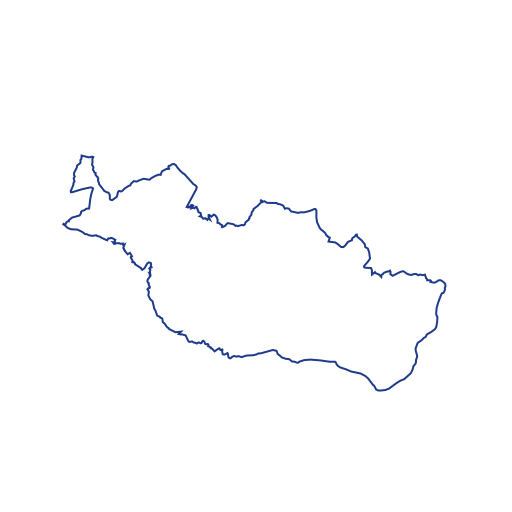 outline of Salatrucel, Vâlcea, Romania, rotated 139°
{"feature_id": "2599482B70636070547294", "entity_name": "Salatrucel", "entity_type": "district", "adm_level": 2, "iso_a3": "ROU", "parent_name": "Romania", "parent_adm1": "Vâlcea", "projection": "natural_earth1", "projection_center": [24.379, 45.274], "detail": "fine", "context": "isolated", "style": "outline", "palette": "blue", "viewbox_px": 512, "rotation_deg": 139, "n_neighbors": 0, "source": "geoboundaries", "source_scale": "gbopen_adm2", "svg_char_len": 6128}
<svg xmlns="http://www.w3.org/2000/svg" viewBox="0 0 512 512"><g transform="rotate(139 256 256)"><path d="M380.6,406.4L380.0,403.7L379.9,401.4L378.6,398.4L378.0,397.5L373.4,393.0L371.2,387.8L370.6,384.7L369.4,383.4L368.3,381.0L366.1,378.4L363.0,376.5L362.5,374.8L361.1,373.1L360.7,371.2L358.1,365.5L355.9,366.2L354.8,365.1L353.6,364.9L352.6,363.4L351.6,360.5L352.7,360.1L353.1,359.2L353.8,359.0L355.0,360.3L355.1,358.1L352.8,357.1L350.7,355.2L350.3,354.2L348.3,352.7L348.9,352.3L349.0,351.5L348.5,350.9L347.8,350.8L350.9,349.2L350.9,348.2L351.5,347.2L351.3,346.1L351.7,345.5L351.7,341.5L349.1,341.1L349.8,337.1L351.1,337.4L351.5,337.0L352.3,333.1L353.4,332.6L353.1,331.9L352.2,331.5L352.2,329.7L352.7,329.1L350.7,322.2L351.0,321.6L351.0,320.2L348.3,319.9L342.9,321.7L341.1,321.5L340.0,319.7L340.6,318.5L341.9,317.6L342.1,316.0L342.9,316.1L343.8,316.8L344.8,316.5L344.9,314.7L346.2,314.0L347.1,312.6L347.1,313.2L347.6,313.5L348.0,311.8L348.7,311.4L349.0,310.2L353.0,309.3L354.5,308.3L355.0,306.9L354.7,305.9L355.8,304.7L356.5,302.2L358.2,301.2L357.3,302.3L359.8,302.1L360.2,299.4L363.1,296.9L364.2,292.8L363.8,289.6L367.4,282.8L367.8,280.5L369.7,275.8L368.5,273.3L368.7,272.1L367.9,271.0L368.0,269.8L369.7,267.2L369.3,265.2L369.7,261.8L369.7,260.1L369.3,259.1L369.5,257.9L366.8,251.3L362.2,248.1L365.5,247.9L364.2,246.0L363.3,245.5L361.2,242.2L362.8,236.6L362.9,235.4L362.3,234.6L360.3,233.5L359.7,231.3L358.7,230.4L358.1,228.8L355.9,228.4L354.9,226.3L354.1,226.1L352.6,226.8L351.4,226.6L351.2,225.4L352.0,222.9L351.5,222.1L350.2,221.3L350.0,220.7L350.2,220.0L351.3,219.4L350.5,217.7L350.6,216.9L350.1,216.6L350.5,215.7L349.9,215.0L349.8,211.2L344.8,210.7L344.2,210.3L344.6,209.2L344.4,208.3L342.8,207.7L342.8,207.3L344.1,206.3L345.5,203.8L345.2,203.0L344.1,202.1L341.2,201.5L341.3,200.7L343.1,197.9L343.1,196.2L342.2,195.5L340.0,195.5L338.1,194.9L336.8,192.9L334.9,191.9L333.3,189.2L328.3,187.0L323.2,182.9L320.0,181.3L318.1,180.9L316.3,179.4L305.1,174.1L302.9,171.3L302.9,170.2L303.9,168.0L302.9,162.2L301.1,159.1L298.6,156.3L298.0,152.7L296.2,150.9L295.2,148.8L294.3,147.9L292.6,147.8L287.9,145.8L282.9,142.1L276.3,135.4L269.8,127.9L265.7,124.3L265.6,123.4L266.2,121.3L266.3,119.2L265.6,116.8L262.4,111.4L260.0,106.4L254.2,98.8L252.2,93.6L251.7,89.7L252.3,81.9L251.9,80.7L252.9,76.5L252.2,74.6L250.6,73.0L246.3,70.0L242.8,68.7L233.2,67.9L228.9,67.2L224.9,65.8L215.9,66.0L211.9,67.8L209.6,69.5L206.6,70.0L205.2,70.7L203.5,72.5L200.5,74.2L199.6,75.5L197.5,79.9L196.1,81.6L191.5,84.1L190.2,84.3L186.2,83.8L183.2,84.1L181.2,83.6L178.4,84.7L173.7,83.7L168.9,83.4L166.8,84.0L163.1,86.9L160.0,90.0L159.0,91.1L158.6,93.1L157.6,94.6L153.6,98.4L149.1,101.3L141.3,105.5L140.2,105.9L138.8,105.2L137.8,105.4L135.3,106.8L134.4,108.1L133.4,108.5L132.3,109.6L131.4,111.1L131.7,113.9L132.5,116.5L134.0,117.8L137.6,118.3L139.3,119.2L141.3,122.0L140.3,122.6L140.4,123.4L142.7,125.4L142.1,126.1L142.2,127.7L140.7,131.1L142.9,132.3L144.5,134.5L146.1,134.9L147.0,137.5L149.0,138.9L151.2,139.8L152.7,141.6L153.7,143.6L154.7,147.6L155.4,148.3L157.6,149.3L165.8,151.4L166.5,154.1L164.8,155.9L164.5,157.1L166.3,157.4L166.9,158.1L170.4,159.4L172.0,159.1L173.5,159.5L175.2,158.0L175.4,161.5L177.2,165.0L176.9,165.8L180.6,165.9L177.8,169.3L177.1,171.5L180.5,174.7L181.7,176.2L181.6,177.1L180.6,177.6L175.3,178.3L171.7,179.2L168.2,184.5L166.7,188.3L167.7,191.0L166.2,193.5L166.0,198.2L166.9,204.2L165.9,206.1L166.8,206.4L168.7,205.9L170.9,206.2L171.9,206.1L173.3,205.0L177.3,206.3L181.7,205.4L184.2,205.4L185.8,206.9L186.6,212.0L187.4,214.4L191.8,219.3L188.3,221.4L189.1,223.2L188.9,224.3L189.4,225.3L188.8,227.5L188.8,229.3L189.6,233.8L189.4,235.8L187.7,241.5L185.2,245.4L180.9,250.3L180.4,251.2L180.4,252.5L181.0,253.1L185.8,254.7L190.8,257.2L193.4,259.5L196.0,261.0L200.3,266.7L200.1,270.1L201.7,272.1L203.2,272.7L202.4,276.1L203.9,279.3L205.3,280.8L205.7,282.5L212.4,288.5L213.1,289.6L213.6,291.7L215.1,292.6L215.6,294.7L216.1,294.5L215.8,292.9L216.0,292.6L216.7,293.2L221.6,292.7L227.0,293.1L227.7,292.4L230.5,291.8L232.6,290.1L235.4,289.6L236.0,288.8L236.7,288.9L237.5,288.2L241.8,288.3L243.8,287.1L245.3,287.3L246.1,288.6L250.0,290.4L250.8,291.8L251.7,292.1L252.1,294.6L255.6,299.2L256.5,299.5L259.5,299.0L262.5,299.8L262.7,300.3L261.7,300.8L261.4,301.8L262.2,303.3L262.1,304.7L263.3,306.3L261.0,308.8L260.3,311.0L260.1,313.3L260.6,314.9L264.0,315.0L264.0,316.0L264.5,316.5L264.2,317.4L264.9,318.0L265.9,317.0L266.3,315.8L266.8,315.4L266.6,314.8L266.9,313.8L267.3,315.6L269.0,315.2L269.0,316.3L269.4,316.6L269.3,317.7L271.4,318.8L271.3,321.0L272.3,322.8L270.9,322.5L269.6,324.8L270.7,326.7L270.1,327.5L270.2,328.3L269.7,328.9L269.2,330.2L269.4,330.6L268.6,332.1L269.2,332.6L271.2,332.4L271.5,333.6L273.6,334.4L272.3,335.2L270.4,335.4L270.8,336.4L272.1,336.3L270.8,337.1L274.2,336.4L274.5,337.2L275.5,337.2L276.2,338.4L257.3,345.6L255.5,346.8L255.3,348.7L256.1,351.6L256.3,364.7L256.8,365.9L257.3,369.9L257.3,374.7L256.9,377.2L257.6,379.3L259.5,380.4L261.5,380.5L262.6,381.2L263.8,380.8L264.2,378.9L264.6,378.8L266.5,380.5L271.5,381.6L274.8,379.8L276.2,381.4L277.8,381.7L278.6,382.3L283.8,383.4L286.4,383.5L290.1,388.0L294.7,389.8L297.0,390.3L299.2,392.7L302.7,392.6L304.6,391.8L306.3,392.5L310.8,393.1L314.6,392.9L315.5,393.2L316.7,395.0L318.2,394.8L320.9,392.8L322.6,392.0L327.8,392.5L328.4,393.1L329.0,394.3L328.7,395.2L326.5,397.7L325.8,399.9L326.0,401.1L326.7,401.8L327.8,404.6L327.3,413.2L326.4,414.4L326.3,415.4L325.2,417.3L324.2,417.9L323.7,419.8L324.0,420.2L323.8,422.7L322.6,423.8L323.1,425.0L322.3,428.3L320.8,429.3L320.3,430.1L319.9,432.5L318.3,433.6L316.0,436.4L313.9,437.5L314.6,438.6L316.4,439.4L317.7,440.4L321.7,446.2L323.9,444.0L325.6,443.6L326.4,442.4L327.6,441.4L331.6,441.6L333.1,440.4L338.7,438.1L340.3,436.4L340.6,434.9L342.6,434.3L344.1,431.3L345.6,431.0L347.2,429.5L353.3,426.5L353.8,425.6L352.8,424.7L343.2,420.4L336.5,416.7L335.1,415.6L334.6,413.9L339.4,411.0L344.0,407.5L350.8,401.3L353.0,403.0L355.7,403.2L357.5,404.1L359.0,404.1L360.1,403.1L362.5,402.3L369.5,405.6L373.5,405.8L374.5,405.0L375.0,405.6L376.5,405.9L378.7,405.0L379.8,405.6L380.1,406.5L380.6,406.4Z" fill="none" stroke="#1e3a8a" stroke-width="2"/></g></svg>